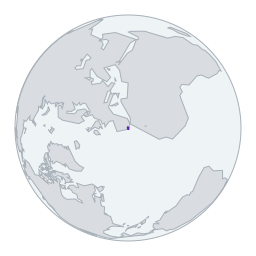 the Earth from above Faro, rotated 261°
{"feature_id": "PRT-745", "entity_name": "Faro", "entity_type": "District", "adm_level": 1, "iso_a3": "PRT", "parent_name": "Portugal", "parent_adm1": "", "projection": "orthographic", "projection_center": [-8.165, 37.247], "detail": "medium", "context": "on_globe", "style": "filled", "palette": "violet", "viewbox_px": 256, "rotation_deg": 261, "n_neighbors": 0, "source": "natural_earth", "source_scale": "10m", "svg_char_len": 9587}
<svg xmlns="http://www.w3.org/2000/svg" viewBox="0 0 256 256"><g transform="rotate(261 128 128)"><circle cx="128" cy="128" r="113" fill="#eef3f6" stroke="#a8b0b8"/><path d="M41.7,200.4L34.4,188.4L32.0,184.0L27.1,175.6L20.9,157.3L21.2,153.6L20.4,149.8L23.1,146.4L23.3,138.1L22.5,135.6L21.3,136.8L19.7,127.1L20.3,119.7L21.5,93.8L23.0,89.2L25.1,84.7L36.3,64.2L26.5,80.5L28.7,75.5L32.6,68.8L32.9,68.6L38.8,60.4L42.3,55.6L51.0,47.0L60.8,40.9L58.2,43.1L60.8,41.7L64.3,38.9L65.9,37.4L79.8,30.7L92.0,24.6L93.7,22.9L95.0,23.4L96.8,20.6L102.0,18.7L97.4,20.8L97.9,21.1L102.1,19.6L103.6,19.6L106.5,19.0L107.9,19.3L105.1,20.8L105.9,21.1L108.9,20.1L112.1,19.9L107.7,21.3L112.8,21.2L109.1,24.5L96.2,29.1L95.4,32.1L85.4,40.4L87.6,40.2L85.2,43.6L86.9,44.7L84.5,46.2L87.9,45.9L89.7,44.4L91.7,43.8L92.8,44.4L90.1,46.3L89.1,46.3L88.9,47.2L87.0,47.9L88.6,47.9L85.1,50.3L90.2,48.9L88.8,51.7L86.1,53.1L84.2,51.6L73.3,51.9L70.0,53.3L67.1,56.5L66.1,65.1L63.3,67.4L61.0,71.5L63.5,70.7L66.2,67.3L70.3,67.1L73.1,63.2L75.1,62.6L78.8,59.5L80.5,61.5L80.1,65.3L77.1,68.2L76.9,70.0L81.6,68.7L77.7,75.8L78.3,83.6L77.0,85.5L71.3,86.0L66.7,82.0L59.4,83.8L66.4,84.4L63.2,89.4L63.6,91.1L65.1,92.0L67.2,90.8L66.6,93.0L59.4,93.0L59.8,91.0L62.1,90.9L59.9,89.2L55.0,89.7L53.8,92.5L47.8,91.2L46.8,93.3L45.0,94.3L46.9,91.0L43.3,97.0L36.0,98.1L31.0,108.7L33.5,98.0L32.9,94.6L31.7,91.7L30.8,93.4L30.4,88.0L28.0,87.6L23.9,94.1L21.5,101.6L22.2,106.6L23.8,104.6L25.2,107.3L21.1,114.0L22.9,121.1L20.9,127.3L21.0,132.5L22.7,134.5L24.3,139.0L26.4,137.2L29.5,138.3L28.4,143.9L31.0,140.6L32.1,145.1L38.8,151.0L38.0,151.8L43.5,163.2L51.2,171.0L52.9,176.1L51.9,177.9L54.9,180.2L55.0,181.8L68.7,190.4L77.0,197.0L77.6,202.0L72.3,205.5L71.4,214.7L63.0,213.5L63.5,216.4L61.5,218.0L56.1,214.2L60.4,217.9L59.6,217.5L58.5,216.6L49.7,208.9L41.7,200.4ZM29.2,111.7L31.5,122.9L28.7,119.9L29.5,119.7L29.2,116.1L28.3,111.2L26.2,109.0L29.2,111.7ZM33.5,109.1L33.0,107.6L33.7,108.6L33.5,109.1ZM66.4,36.9L64.2,38.8L60.6,41.5L62.2,39.8L66.4,36.9ZM73.6,32.5L73.0,33.2L70.1,34.4L71.3,33.6L73.6,32.5ZM94.6,21.8L92.5,22.7L94.0,21.9L94.6,21.8ZM106.6,18.9L106.8,18.7L108.2,18.5L106.6,18.9ZM77.7,58.6L78.2,59.0L77.3,59.4L77.7,58.6ZM78.8,56.9L77.2,57.0L77.5,56.2L78.4,56.2L78.8,56.9ZM111.6,18.8L113.9,18.7L111.1,19.0L111.6,18.8ZM80.6,57.0L78.2,54.8L78.7,53.5L82.8,52.2L80.6,57.0ZM114.9,18.8L120.5,18.8L121.2,18.2L122.3,20.1L117.2,19.3L113.6,19.7L115.4,19.2L114.9,18.8ZM89.7,43.6L87.9,45.3L88.4,43.4L89.7,43.6ZM89.6,42.6L88.2,38.0L91.5,36.1L91.3,37.9L94.8,35.1L97.1,36.4L95.7,38.2L93.1,39.2L95.9,39.0L89.6,42.6ZM121.9,21.3L122.9,21.6L121.4,21.6L121.9,21.3ZM92.6,43.4L92.0,42.6L94.8,40.8L96.5,42.2L95.0,42.3L92.6,43.4ZM94.6,33.9L97.0,32.9L99.5,33.6L100.8,33.4L97.4,36.3L94.6,33.9ZM95.0,43.0L97.3,42.9L97.0,44.4L93.3,44.1L95.0,43.0ZM94.9,39.8L96.3,39.1L96.1,39.9L94.9,39.8ZM97.1,49.8L96.4,48.7L97.8,47.6L97.1,49.8ZM98.1,42.8L98.2,42.3L98.7,41.8L100.1,42.1L98.1,42.8ZM99.4,36.6L100.0,37.2L100.9,35.5L102.8,36.1L100.3,38.0L102.2,37.4L102.8,37.6L100.0,39.0L99.4,36.6ZM103.0,41.0L100.3,43.8L101.4,46.0L100.2,47.0L98.7,43.2L103.0,41.0ZM101.5,39.6L102.1,40.6L100.3,41.2L98.7,40.9L101.5,39.6ZM105.1,35.9L102.8,34.5L103.4,34.1L105.1,35.9ZM103.7,41.5L104.3,40.8L104.0,41.5L103.7,41.5ZM105.1,37.4L104.2,36.9L104.9,36.5L105.1,37.4ZM106.3,39.9L105.4,40.8L104.3,40.6L106.3,39.9ZM106.0,38.7L107.3,38.3L104.4,39.9L105.5,38.5L106.0,38.7ZM105.9,37.1L106.1,36.8L106.2,37.4L105.9,37.1ZM111.0,40.4L107.6,42.6L105.2,42.0L108.8,40.0L111.0,40.4ZM146.2,16.8L144.9,17.1L134.7,17.3L139.2,17.1L139.6,17.5L142.0,17.8L145.2,17.8L144.7,17.6L156.7,20.6L166.9,23.2L162.9,21.4L163.0,21.1L169.0,23.1L178.0,27.0L186.5,31.8L194.7,37.2L193.4,36.3L198.4,40.1L199.0,40.5L205.4,46.2L211.4,52.3L216.9,58.8L221.9,65.8L226.4,73.1L230.2,80.7L233.5,88.6L233.7,89.2L232.5,86.0L230.4,82.8L232.4,89.5L236.3,105.2L238.7,114.2L239.2,120.6L235.1,112.8L231.6,105.5L231.2,108.6L226.0,105.9L220.4,114.5L218.6,113.1L217.7,115.8L214.0,116.5L210.9,114.0L209.0,116.1L217.1,122.7L218.9,120.4L219.1,114.4L221.1,117.4L224.6,117.6L224.2,130.6L214.2,149.7L211.6,143.4L195.5,130.0L195.1,127.4L195.0,127.2L194.7,126.8L194.9,131.2L191.6,128.3L201.9,139.1L204.3,144.5L214.1,150.2L213.6,151.9L216.2,152.3L222.7,143.4L223.1,145.7L221.0,159.5L210.6,181.3L211.1,189.0L208.7,196.5L200.2,205.3L198.9,209.7L194.2,213.5L192.6,216.1L187.6,220.2L180.2,225.0L169.7,228.8L170.6,227.0L167.8,224.5L164.6,215.2L168.9,208.6L168.6,204.1L160.9,194.9L162.7,188.0L160.2,185.6L155.3,187.3L152.2,184.4L149.1,184.8L128.4,189.2L121.1,184.8L110.1,170.2L113.1,164.3L112.0,157.1L131.6,130.9L137.6,131.8L155.2,125.2L157.7,125.6L157.7,131.9L172.5,135.2L174.9,129.1L186.3,128.7L192.6,125.3L191.1,113.6L180.9,118.8L177.1,114.5L183.6,105.8L192.3,101.5L191.1,99.7L183.9,98.4L184.2,93.5L181.2,97.6L183.7,98.8L181.9,101.5L179.6,100.6L179.7,98.9L176.6,99.3L176.6,108.0L179.1,110.2L172.0,114.8L175.5,118.9L174.2,122.0L167.8,116.2L167.1,113.4L156.6,108.1L156.7,111.4L166.6,116.7L164.3,116.8L164.5,121.8L162.5,118.1L151.6,111.9L144.1,115.6L137.5,128.8L132.4,130.5L126.8,128.7L126.2,116.6L137.6,114.4L137.5,110.5L132.6,105.6L136.5,105.4L135.9,103.3L139.9,102.3L143.1,96.2L146.8,94.8L145.6,88.2L147.3,86.7L147.5,90.9L149.7,93.3L158.6,90.1L159.6,88.3L158.1,84.3L160.7,84.1L158.2,80.8L162.1,77.4L155.1,78.8L153.2,74.7L154.2,70.6L152.3,69.6L150.6,76.3L151.1,78.9L153.5,80.6L153.6,88.3L151.1,90.4L146.2,83.6L142.0,86.0L140.0,80.0L145.9,64.7L149.5,60.8L160.7,62.3L161.3,65.2L157.5,66.0L163.2,68.7L161.7,66.8L163.9,66.8L162.6,63.2L164.1,63.0L160.3,60.0L161.9,59.4L164.3,61.3L163.8,56.0L166.7,54.1L165.8,53.0L164.2,52.3L168.9,50.7L168.1,50.0L166.2,50.2L163.3,49.0L160.2,46.3L162.0,45.9L163.4,46.8L169.0,48.2L172.5,50.9L172.9,50.5L170.3,48.1L163.4,46.3L161.0,44.8L164.2,45.2L162.9,45.0L162.2,44.1L163.3,43.0L159.7,42.4L150.2,34.8L151.3,32.1L155.2,33.1L150.5,28.3L152.1,26.3L150.4,26.4L146.9,24.6L146.4,25.2L145.3,25.2L136.2,21.5L135.5,20.5L129.6,19.7L128.7,19.9L128.9,20.5L122.3,20.1L121.2,18.2L123.3,17.9L121.3,17.2L126.3,16.7L129.5,16.2L136.2,16.6L138.1,16.4L137.1,16.2L138.9,16.0L144.7,16.6L146.2,16.8ZM127.1,144.5L127.1,146.7L127.1,146.8L127.1,144.5ZM203.2,102.4L207.3,99.2L202.5,94.2L203.7,92.7L201.7,91.7L202.2,93.9L196.8,90.9L197.5,87.4L195.5,85.0L194.0,86.0L193.6,93.0L201.3,97.2L201.6,100.7L203.2,102.4ZM39.0,151.1L39.7,152.9L38.5,151.9L39.0,151.1ZM27.6,121.7L28.4,123.2L28.6,124.7L27.8,124.0L27.6,121.7ZM36.5,132.9L37.8,134.8L36.1,133.8L36.5,132.9ZM32.0,124.5L35.4,131.5L32.1,130.2L30.1,125.8L31.9,127.4L32.0,124.5ZM31.6,111.7L31.9,112.9L31.3,113.7L31.6,111.7ZM34.1,109.9L33.8,109.6L33.9,108.4L34.1,109.9ZM63.6,89.4L64.2,89.5L65.3,90.7L64.1,90.9L63.6,89.4ZM74.7,92.4L73.4,95.9L73.5,93.4L71.5,94.2L69.1,90.1L76.3,86.2L73.5,88.6L74.7,92.4ZM67.9,83.9L68.6,86.7L67.6,83.8L67.9,83.9ZM128.7,93.4L130.9,94.5L130.5,97.1L125.8,99.6L126.2,95.7L128.7,93.4ZM134.0,95.4L130.5,88.4L133.3,86.8L132.3,88.8L134.5,88.5L133.5,91.7L139.7,97.3L139.8,100.1L131.0,102.8L133.8,100.3L131.5,99.3L134.0,95.4ZM116.5,75.8L115.1,73.4L123.0,72.9L123.5,75.2L118.8,77.7L115.5,76.4L116.5,75.8ZM88.2,55.4L87.1,55.0L87.9,54.4L89.4,54.3L88.2,55.4ZM96.7,49.4L93.8,56.7L92.4,56.6L92.3,61.4L88.6,63.0L88.8,59.7L85.9,64.7L84.6,62.4L83.1,65.9L83.8,58.5L82.4,56.8L85.3,58.0L88.7,56.6L89.8,55.5L91.9,51.3L90.8,47.3L94.0,45.5L96.5,45.3L97.3,46.0L95.0,46.9L97.7,47.1L94.9,49.0L96.7,49.4ZM124.9,47.5L121.8,47.6L126.8,49.7L124.0,51.0L124.8,51.2L123.6,53.1L123.5,55.7L121.9,56.1L122.5,57.0L121.8,58.4L122.1,59.8L119.4,61.0L119.6,62.9L118.2,62.4L119.2,65.3L117.3,63.7L116.1,65.5L118.6,66.1L103.5,70.5L98.6,74.1L95.6,78.0L92.7,75.1L93.6,69.6L96.7,63.8L101.8,61.0L99.5,60.3L101.3,58.8L102.3,60.0L101.8,57.3L103.5,56.5L106.3,52.0L104.4,49.1L105.4,47.5L107.0,48.3L106.8,46.2L110.5,46.6L111.3,45.5L115.7,45.0L118.3,47.2L119.0,45.9L122.4,45.6L124.9,47.5ZM112.2,40.3L116.0,42.4L116.4,44.3L108.6,44.5L107.3,45.4L102.4,45.9L102.0,43.2L103.4,43.3L104.7,42.8L104.3,43.8L105.7,42.6L107.7,42.7L109.3,41.9L110.1,42.7L112.2,40.3ZM159.4,122.8L161.1,122.6L163.5,121.6L163.7,124.8L159.4,122.8ZM151.9,118.6L153.3,117.9L154.7,121.7L152.9,122.0L151.9,118.6ZM152.8,114.4L153.3,117.5L152.0,116.0L152.8,114.4ZM148.7,90.1L150.0,89.2L150.6,90.0L150.5,91.6L148.7,90.1ZM139.0,54.8L137.2,54.3L137.3,53.7L134.5,51.4L136.3,50.3L138.7,51.3L139.0,54.8ZM190.1,116.4L189.0,119.4L187.8,118.9L188.4,118.0L190.1,116.4ZM176.3,122.7L180.0,122.7L176.3,123.6L176.3,122.7ZM140.5,53.2L139.1,52.4L140.9,52.4L140.5,53.2ZM137.5,49.5L139.3,49.3L136.2,50.0L137.5,49.5ZM220.8,185.8L211.9,201.0L208.7,203.7L209.6,201.1L213.9,192.8L218.2,187.6L220.8,182.7L220.8,185.8ZM238.9,114.7L239.9,118.1L240.0,120.4L238.9,114.7ZM154.0,44.7L156.0,49.0L158.6,51.7L161.9,52.6L158.0,53.4L154.0,49.1L154.0,44.7ZM150.5,36.0L147.5,35.5L148.2,34.7L149.0,34.7L150.5,36.0ZM149.1,36.4L146.6,37.7L144.6,36.9L147.0,35.9L149.1,36.4ZM143.7,45.1L144.2,46.4L142.7,46.2L143.7,45.1ZM165.1,21.7L161.8,20.9L160.0,20.4L161.6,20.5L162.8,20.9L163.2,21.0L163.5,21.1L165.1,21.7ZM123.6,21.2L122.9,21.6L122.7,21.1L123.6,21.2ZM145.1,25.5L143.6,25.4L143.4,24.8L145.1,25.5ZM139.3,24.9L140.5,25.6L138.4,25.0L139.3,24.9ZM143.4,27.3L140.6,26.0L144.4,27.1L143.4,27.3Z" fill="#d9dde1" stroke="#a8b0b8" stroke-width="1"/><path d="M129.0,127.4L129.0,127.5L129.1,127.9L129.1,128.0L128.9,128.2L128.8,128.3L128.6,128.4L128.5,128.5L128.4,128.5L128.2,128.4L127.9,128.3L127.7,128.3L127.4,128.3L127.3,128.2L127.3,128.3L127.2,128.3L126.9,128.4L126.8,128.5L126.7,128.4L126.8,128.2L126.9,127.9L127.0,127.7L127.3,127.7L127.5,127.7L127.8,127.6L128.0,127.8L128.3,127.8L128.3,127.7L128.5,127.6L128.8,127.5L129.0,127.5L129.0,127.4ZM128.3,128.5L128.5,128.5L128.4,128.6L128.3,128.5Z" fill="#8b5cf6" stroke="#5b21b6" stroke-width="1.5"/></g></svg>